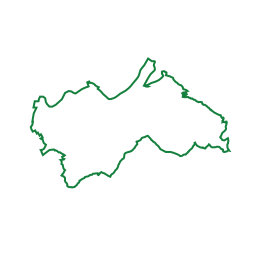 Soimus, Hunedoara, Romania (Equal Earth projection), rotated 147°
{"feature_id": "2599482B73635822443481", "entity_name": "Soimus", "entity_type": "district", "adm_level": 2, "iso_a3": "ROU", "parent_name": "Romania", "parent_adm1": "Hunedoara", "projection": "equal_earth", "projection_center": [22.855, 45.95], "detail": "fine", "context": "isolated", "style": "outline", "palette": "green", "viewbox_px": 256, "rotation_deg": 147, "n_neighbors": 0, "source": "geoboundaries", "source_scale": "gbopen_adm2", "svg_char_len": 5689}
<svg xmlns="http://www.w3.org/2000/svg" viewBox="0 0 256 256"><g transform="rotate(147 128 128)"><path d="M134.4,188.0L137.3,188.5L138.4,184.3L141.6,185.1L145.4,185.7L153.1,185.5L154.4,186.8L155.5,189.4L157.6,191.3L161.7,191.7L167.8,188.1L176.0,186.8L180.0,187.2L182.3,188.8L182.9,192.3L182.7,194.7L181.2,198.0L182.2,200.6L184.7,202.2L185.3,201.7L186.6,201.1L188.5,199.2L191.6,201.2L196.1,196.7L195.3,196.2L193.7,194.9L199.2,191.5L204.8,185.4L204.3,185.1L206.3,183.0L206.6,182.7L209.0,181.8L209.2,180.9L209.6,180.0L209.9,176.9L207.2,176.5L207.5,173.0L206.1,173.2L206.3,169.7L204.5,170.1L204.6,167.6L204.8,166.6L205.1,166.8L207.1,166.7L206.9,166.2L206.0,165.7L206.1,165.2L205.9,164.8L206.2,163.7L206.8,161.2L205.9,158.6L208.9,156.8L209.9,156.3L211.5,156.4L213.2,157.0L213.1,155.7L213.5,155.3L214.1,151.7L206.1,152.3L205.1,152.0L204.7,151.7L203.7,151.3L202.5,150.6L201.9,150.4L201.6,149.1L201.2,149.2L200.2,147.7L199.2,145.1L198.3,144.7L198.0,143.7L196.2,140.3L195.9,139.5L197.0,139.4L198.2,139.8L199.0,139.7L199.3,137.7L198.4,136.7L198.9,136.5L201.9,137.8L201.7,137.1L201.9,136.4L202.5,135.0L203.4,134.1L202.8,132.7L204.1,129.4L204.1,128.4L203.7,126.9L205.2,126.4L206.1,125.6L206.9,125.4L207.7,125.0L208.2,125.0L208.4,124.7L209.4,124.4L209.2,124.1L209.4,123.9L208.9,123.3L208.3,122.3L208.4,122.0L208.0,121.3L208.0,120.5L209.6,118.1L209.8,117.3L209.8,116.5L209.6,115.9L209.5,114.6L209.7,113.7L210.5,112.6L210.2,111.9L210.2,111.3L209.3,110.3L207.6,109.2L207.3,108.6L206.2,108.3L205.2,107.7L204.6,107.8L204.3,107.7L203.6,107.9L201.8,108.1L200.3,108.9L198.7,109.0L197.9,109.6L197.4,110.3L196.6,110.0L194.5,110.2L191.8,109.8L191.4,110.1L190.7,110.3L188.8,109.6L187.3,109.1L186.8,109.1L185.9,109.3L185.2,109.2L183.7,108.4L182.3,108.7L178.0,106.5L178.1,105.9L178.7,105.2L178.3,104.6L175.8,105.5L174.3,105.5L173.7,104.1L172.4,102.7L172.1,101.7L171.0,99.7L170.7,98.7L169.4,96.8L167.7,97.9L166.5,98.1L165.3,98.0L163.7,98.4L161.7,99.4L160.2,99.6L158.8,100.1L157.3,101.1L156.4,102.1L154.7,102.9L152.8,104.2L149.5,105.0L148.3,104.8L147.4,105.4L145.2,108.0L143.8,108.4L141.1,107.8L139.4,107.1L138.7,107.2L137.8,106.8L135.6,107.1L134.0,107.6L133.1,107.7L132.8,108.0L132.1,108.4L129.0,109.4L128.3,111.1L128.4,111.8L128.0,111.9L127.8,111.7L127.2,111.5L125.4,111.2L124.3,111.1L123.3,111.3L122.7,111.8L121.9,112.1L120.4,111.8L118.8,111.2L117.7,111.2L115.9,110.8L115.5,110.4L115.4,109.7L115.4,109.2L114.9,106.9L115.0,105.4L114.5,104.5L114.4,103.9L114.5,103.3L113.4,101.0L113.1,98.4L112.8,97.4L112.4,96.3L112.3,92.5L109.3,87.2L108.3,86.8L107.9,86.3L105.4,84.8L104.6,83.9L104.4,83.5L103.9,83.2L103.5,82.6L101.0,79.2L99.9,77.3L99.6,76.1L99.4,75.9L97.7,75.2L96.1,75.3L95.5,75.2L95.0,75.0L94.5,74.5L93.8,74.3L93.4,74.4L93.1,74.7L91.5,74.8L89.6,75.3L89.3,75.4L89.4,75.5L88.1,75.8L85.1,76.2L83.5,77.2L81.9,77.7L80.9,78.2L80.2,78.9L80.2,79.2L79.7,79.2L79.9,77.5L79.7,75.5L78.0,72.5L77.2,71.6L75.9,71.0L75.6,70.5L75.9,70.4L74.8,69.1L74.2,68.7L73.1,69.3L70.2,69.7L69.0,70.2L68.7,69.0L68.7,67.9L68.6,67.1L67.9,65.9L66.7,65.1L66.3,65.0L64.8,64.1L63.8,64.0L61.8,62.5L61.1,59.3L60.4,58.8L60.1,58.1L60.2,57.7L60.9,57.0L60.9,56.5L60.8,55.9L60.3,55.4L58.8,54.9L58.1,54.5L56.5,54.7L55.8,54.3L55.5,53.9L55.4,53.8L55.4,54.7L55.5,56.6L55.1,57.6L54.1,59.4L53.5,60.2L52.4,60.7L51.6,61.8L50.9,62.4L50.5,63.1L49.8,65.0L53.9,65.1L55.3,66.4L55.5,66.9L55.4,68.2L55.7,69.5L55.7,70.0L55.1,70.4L54.4,70.6L52.1,72.2L50.9,72.7L49.7,72.7L47.1,73.3L46.2,73.9L45.5,75.6L44.9,76.4L44.2,76.8L42.2,78.8L41.9,79.7L42.3,80.0L42.5,79.9L42.9,79.2L43.1,79.2L43.7,80.3L44.3,80.6L45.0,81.5L45.6,81.5L44.9,82.5L44.4,82.3L44.1,82.4L43.7,83.4L42.9,83.6L42.5,84.0L42.4,84.8L43.8,85.5L43.7,86.4L43.7,87.4L43.3,88.1L44.3,89.2L45.2,90.4L47.4,94.4L47.6,95.3L48.1,96.3L48.4,98.0L48.8,98.0L49.1,99.2L49.0,99.7L49.2,100.1L49.2,101.0L49.7,101.6L50.0,103.4L50.4,104.0L50.4,104.6L50.9,105.5L51.6,106.1L52.1,106.3L52.3,107.1L52.2,107.4L52.5,107.8L52.2,108.6L52.3,109.1L52.1,109.6L52.6,109.8L53.3,110.6L54.5,111.1L54.9,111.4L55.0,111.9L55.4,112.2L55.9,113.0L56.5,115.1L57.5,116.0L57.6,116.5L57.8,116.8L57.9,117.6L59.0,118.1L59.2,118.9L59.7,119.2L59.7,119.7L60.5,120.4L60.7,121.3L62.0,121.9L62.8,122.6L63.4,122.7L64.3,123.5L64.1,123.5L64.3,124.1L64.8,124.6L64.6,124.9L64.3,124.7L64.4,125.0L64.0,125.2L63.7,124.9L63.6,125.3L62.9,125.6L62.2,124.8L62.4,124.0L62.2,123.6L61.9,123.8L61.5,124.4L61.3,124.5L60.8,124.3L60.6,124.6L60.4,124.5L60.2,126.0L60.3,126.3L61.3,126.4L61.8,126.7L62.2,126.7L62.0,126.4L62.6,126.4L63.0,126.9L63.6,126.9L63.6,127.6L62.7,127.5L62.3,127.7L60.7,126.8L60.3,126.7L59.7,126.1L58.6,127.1L58.0,126.8L58.4,128.0L59.0,128.8L60.4,130.4L60.5,130.8L60.0,131.5L60.1,132.1L59.8,132.9L60.0,134.2L60.2,134.9L61.1,135.9L61.8,137.3L62.1,138.1L62.0,138.8L62.1,139.1L62.8,140.4L63.2,141.4L63.1,142.5L63.5,143.6L63.5,144.0L62.9,145.2L63.0,145.8L64.1,147.3L64.5,148.2L67.5,151.6L66.5,152.2L65.5,153.6L65.6,153.9L66.2,154.3L66.4,154.9L66.4,155.5L66.8,156.0L68.6,156.8L69.1,156.5L69.6,155.3L70.0,155.0L70.0,153.2L70.4,152.3L72.2,151.8L75.9,151.4L79.3,151.8L83.8,153.0L88.9,153.5L90.0,154.3L90.2,154.2L89.7,153.2L88.5,151.8L88.9,151.9L90.5,153.2L90.8,153.9L91.6,154.8L84.2,158.8L79.9,160.8L74.3,161.9L73.3,162.8L72.8,164.0L72.4,165.4L72.3,166.4L71.1,167.6L69.8,168.5L69.7,168.5L69.3,169.2L69.6,169.7L71.6,171.0L73.3,175.3L80.2,171.8L83.1,170.9L86.0,169.8L90.1,166.3L91.8,165.3L93.9,164.5L103.5,161.5L105.9,161.0L109.8,160.6L115.7,161.0L120.5,160.6L123.2,160.7L124.4,161.0L126.7,161.7L127.9,162.4L128.3,162.7L128.8,164.0L129.1,165.5L130.4,170.1L130.8,173.3L131.4,175.5L132.1,177.3L131.2,177.9L130.6,177.9L130.3,178.2L131.4,179.6L132.3,181.8L132.2,182.5L132.8,183.9L134.0,185.7L136.1,187.1L135.3,187.9L134.4,188.0Z" fill="none" stroke="#15803d" stroke-width="2"/></g></svg>